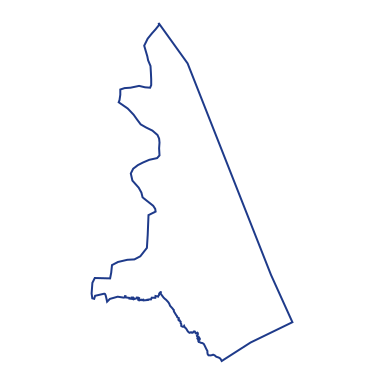 Bachok, Kelantan, Malaysia
{"feature_id": "92858781B88613977920895", "entity_name": "Bachok", "entity_type": "district", "adm_level": 2, "iso_a3": "MYS", "parent_name": "Malaysia", "parent_adm1": "Kelantan", "projection": "robinson", "projection_center": [102.347, 6.027], "detail": "fine", "context": "isolated", "style": "outline", "palette": "blue", "viewbox_px": 384, "rotation_deg": 0, "n_neighbors": 0, "source": "geoboundaries", "source_scale": "gbopen_adm2", "svg_char_len": 2836}
<svg xmlns="http://www.w3.org/2000/svg" viewBox="0 0 384 384"><path d="M92.3,298.3L94.2,298.8L95.1,295.8L104.2,293.7L104.9,293.9L105.6,295.2L106.4,298.4L107.1,301.7L109.9,298.9L117.7,296.7L123.5,297.6L124.9,297.4L125.0,296.1L125.3,296.0L125.5,295.3L125.6,297.4L129.4,297.9L129.4,298.6L132.0,298.9L132.1,298.0L131.7,298.0L131.7,297.5L132.3,297.5L132.3,297.9L133.1,297.7L133.2,298.2L133.7,298.2L133.8,299.2L136.9,298.2L136.9,297.6L138.0,297.7L138.1,299.0L138.3,299.0L138.3,299.9L138.7,300.0L138.7,297.9L139.2,298.1L139.5,300.3L141.7,299.7L142.0,300.1L143.3,299.7L143.5,300.4L147.7,300.0L147.6,299.7L149.5,299.4L150.1,299.4L151.0,299.4L151.7,297.7L155.3,297.8L155.5,296.0L158.1,296.6L158.3,295.8L158.9,295.3L159.1,294.6L159.1,293.9L159.4,293.3L159.9,292.6L160.7,292.1L160.9,292.2L160.6,293.6L163.5,297.5L164.1,298.1L164.7,298.7L165.6,299.4L166.3,300.0L166.9,300.7L167.6,301.4L168.5,302.5L169.2,303.6L170.1,305.8L172.1,308.0L172.8,308.8L173.1,309.4L173.8,310.0L173.9,311.4L176.4,315.5L176.8,315.8L177.1,316.7L177.3,317.3L177.8,317.6L178.4,317.8L178.8,318.1L178.8,319.0L178.4,319.8L178.8,320.3L179.0,320.2L179.7,320.4L179.8,321.0L180.3,321.3L180.7,321.8L180.6,322.5L180.6,323.1L181.2,323.9L181.3,324.7L181.2,325.9L181.8,326.3L182.5,326.7L183.3,326.8L183.7,326.5L184.1,325.9L184.6,327.0L185.1,327.7L186.0,328.4L186.5,329.2L187.9,331.5L188.9,332.3L189.4,332.8L190.2,332.6L190.6,332.5L191.0,332.2L191.6,332.4L192.0,332.8L192.6,332.7L192.9,332.6L193.2,332.2L193.6,331.6L194.0,331.4L194.8,331.5L195.2,332.1L195.3,332.6L195.7,333.3L196.6,333.4L197.3,332.7L197.8,333.1L197.9,334.0L197.8,334.5L197.4,335.2L196.9,335.8L197.2,336.5L197.8,336.8L198.4,336.8L198.4,337.5L198.0,338.0L197.4,338.4L197.7,339.0L198.7,339.2L199.0,338.8L199.5,338.2L199.8,338.7L199.7,339.6L199.0,340.2L198.3,340.6L198.4,341.4L198.8,342.0L199.7,342.2L200.9,342.8L202.5,343.1L203.8,344.0L204.6,345.5L206.4,349.2L207.4,351.0L207.4,352.7L207.7,354.2L208.5,355.3L210.5,355.4L212.1,355.1L213.1,354.7L214.6,355.3L216.2,356.7L217.3,357.1L218.6,357.5L220.1,358.4L220.8,359.3L221.7,361.0L250.6,342.5L292.4,322.2L271.0,274.9L187.6,63.4L158.6,23.0L159.1,24.9L155.6,29.3L152.0,33.3L147.7,38.6L144.2,45.7L147.3,56.3L148.1,60.3L150.5,66.0L150.9,72.7L151.2,79.3L151.2,85.1L150.1,87.7L145.0,87.3L139.1,85.9L130.5,87.7L124.6,88.1L120.3,89.5L120.3,94.8L119.5,100.1L118.7,102.3L127.7,108.5L133.6,114.7L137.1,119.6L140.7,124.4L146.1,127.5L152.4,130.6L157.5,135.0L159.1,138.6L159.5,142.6L159.1,148.3L159.5,155.4L157.1,158.1L149.3,159.8L143.0,162.5L137.9,165.1L133.2,168.7L130.8,173.5L132.4,180.6L138.7,187.7L141.4,192.6L142.6,197.4L146.5,200.5L153.2,205.8L155.2,208.9L155.6,211.6L148.5,215.1L147.7,235.0L146.9,247.9L140.3,256.3L134.4,259.4L127.3,259.8L117.9,262.0L112.0,265.1L111.2,272.7L110.1,278.4L94.8,278.0L92.4,282.8L91.6,293.5L92.3,298.3Z" fill="none" stroke="#1e3a8a" stroke-width="2"/></svg>